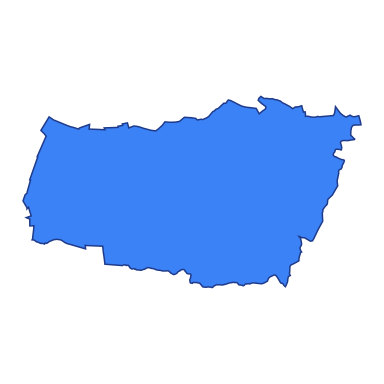 outline of Sanmartin, Harghita, Romania
{"feature_id": "2599482B50475044485744", "entity_name": "Sanmartin", "entity_type": "district", "adm_level": 2, "iso_a3": "ROU", "parent_name": "Romania", "parent_adm1": "Harghita", "projection": "albers", "projection_center": [25.991, 46.26], "detail": "fine", "context": "isolated", "style": "filled", "palette": "blue", "viewbox_px": 384, "rotation_deg": 0, "n_neighbors": 0, "source": "geoboundaries", "source_scale": "gbopen_adm2", "svg_char_len": 6035}
<svg xmlns="http://www.w3.org/2000/svg" viewBox="0 0 384 384"><path d="M257.9,283.4L260.5,283.7L261.9,283.7L263.1,283.4L264.9,282.6L266.5,281.7L267.5,281.0L268.1,279.3L268.7,278.1L269.9,277.0L271.7,276.1L273.7,275.2L274.8,274.9L276.2,275.8L277.6,277.7L279.2,280.4L280.5,282.7L281.0,283.1L282.2,283.4L282.7,283.5L284.4,285.9L285.4,286.7L286.7,284.0L287.6,281.5L287.8,279.2L288.2,277.0L288.9,276.2L290.3,275.5L289.4,273.5L289.7,272.0L289.8,269.5L289.8,267.0L290.1,266.3L290.7,265.1L293.7,263.7L297.0,261.9L298.9,260.8L299.0,258.0L300.6,252.4L301.6,252.0L300.7,250.7L300.1,248.9L300.1,247.4L300.4,246.8L301.3,245.4L301.6,243.9L301.5,242.9L300.6,238.5L298.9,236.4L299.8,236.5L300.4,236.9L301.5,237.6L304.6,237.8L310.4,241.2L312.5,240.8L314.0,238.3L315.0,236.1L317.9,230.0L322.7,221.2L322.3,212.9L322.9,211.4L322.9,210.3L322.8,209.4L323.1,209.3L324.3,207.6L325.3,206.3L327.1,204.4L327.5,202.6L327.7,200.1L328.1,199.1L332.4,195.0L337.7,185.8L337.1,181.0L338.7,173.4L338.6,171.4L339.2,169.8L341.0,169.1L341.9,167.6L342.4,165.2L344.0,162.1L344.3,160.3L343.0,159.7L341.3,159.5L340.0,158.9L338.5,158.3L337.1,157.5L335.8,156.8L335.0,156.7L334.5,156.5L333.8,155.8L333.3,155.1L333.3,154.3L333.6,153.4L333.8,152.9L334.8,151.9L335.1,150.7L335.3,149.9L335.9,149.3L336.5,149.2L339.5,149.4L341.1,150.0L341.6,149.1L341.7,147.4L341.3,145.4L340.4,142.5L341.3,141.1L342.7,140.6L344.2,140.5L344.9,140.5L345.7,140.6L348.0,140.6L351.7,139.9L352.9,139.8L354.3,139.6L354.7,139.2L354.7,138.9L354.1,138.5L353.6,138.3L353.0,137.5L352.0,136.4L350.7,135.2L350.8,134.2L350.8,132.2L350.9,130.5L351.2,129.2L351.4,127.9L351.7,127.1L352.5,125.9L353.5,125.2L355.9,125.0L358.8,125.0L361.0,124.8L360.2,120.7L358.8,115.7L355.8,116.5L353.6,116.8L351.5,116.1L350.2,115.1L348.7,115.8L347.1,116.6L346.4,117.0L344.9,116.5L343.5,115.7L341.7,114.4L340.0,112.8L337.1,108.9L335.5,106.7L335.0,110.4L334.5,113.4L333.4,115.5L328.7,116.0L326.2,116.2L322.7,116.5L321.1,116.6L319.9,116.9L318.7,116.7L317.8,116.4L315.6,117.1L313.8,117.2L312.8,117.1L310.7,116.9L310.1,116.8L309.2,116.5L307.6,116.2L305.5,116.3L305.4,113.5L305.1,111.8L303.5,112.1L302.6,109.2L301.7,105.7L301.1,105.8L300.9,106.0L300.4,106.3L299.9,106.4L299.2,106.5L298.5,106.8L297.3,106.9L296.3,106.9L295.2,107.0L292.8,108.7L289.7,106.5L287.1,105.1L285.8,104.3L285.0,104.0L283.7,103.3L283.0,103.1L281.4,102.0L280.7,101.2L279.6,100.8L277.2,99.9L274.6,99.5L273.9,99.3L273.0,98.8L272.2,98.7L271.4,98.8L270.8,98.7L269.6,98.9L268.9,98.8L268.4,98.6L267.5,98.5L266.6,98.4L264.8,98.5L263.9,98.4L260.9,96.4L259.9,97.4L259.1,98.0L258.6,99.1L258.2,100.3L261.0,103.0L262.0,103.8L263.0,104.5L265.7,106.5L265.8,108.1L265.0,109.4L263.7,110.2L263.0,110.6L259.2,113.8L256.2,108.4L245.6,107.1L241.7,106.1L236.8,103.7L233.8,102.1L230.2,100.4L228.3,100.0L227.1,101.4L226.3,102.8L225.6,103.3L223.8,103.2L218.3,108.4L216.1,109.2L213.9,111.2L212.8,111.6L208.7,116.5L206.4,118.0L206.0,118.1L202.7,119.6L201.2,119.2L197.3,120.0L195.7,118.4L191.1,117.7L184.4,117.3L179.5,121.4L175.7,122.1L170.3,122.3L164.9,121.9L162.3,125.4L159.5,127.9L158.3,129.0L155.7,130.9L151.0,130.3L143.5,128.3L139.4,126.9L137.2,126.4L133.8,126.0L128.8,127.9L127.4,122.9L122.3,123.9L122.7,125.4L118.0,126.2L118.1,127.4L104.2,127.9L104.6,129.0L105.0,129.7L103.6,129.7L101.5,129.6L97.4,129.4L89.1,129.1L89.5,125.5L89.6,124.4L83.6,126.5L79.7,127.9L79.1,128.3L78.7,129.1L73.7,127.5L70.1,126.6L66.9,125.4L54.5,120.3L54.0,120.2L49.1,116.9L40.9,130.4L44.2,133.7L45.0,134.7L46.2,136.3L45.9,136.7L37.1,156.8L37.7,157.1L29.7,179.9L30.5,180.1L28.9,185.8L27.1,192.2L27.1,193.1L25.2,194.7L24.6,196.3L23.0,200.9L27.0,207.8L27.0,208.8L28.5,207.3L31.2,215.9L26.3,217.6L28.0,218.4L29.8,219.0L29.8,225.9L33.9,225.8L33.6,229.9L33.1,234.1L32.9,235.6L32.6,238.3L32.6,239.1L32.1,239.8L34.0,240.1L34.6,240.3L35.0,240.6L35.6,241.2L36.5,241.8L37.0,242.0L37.7,242.1L40.7,243.4L41.8,243.5L42.8,243.4L44.5,244.1L44.8,243.8L45.0,243.1L45.6,243.0L46.5,243.3L46.8,243.3L47.6,242.8L47.9,242.6L48.9,241.8L49.9,241.3L54.1,239.6L55.2,239.6L55.9,239.3L57.2,239.4L57.4,239.4L57.8,239.5L58.3,239.5L60.9,239.9L65.0,242.6L66.1,243.2L67.5,243.7L70.1,244.4L85.6,248.9L85.2,245.4L85.8,245.5L102.7,246.2L103.4,252.9L103.9,255.8L104.5,260.6L104.9,264.2L118.9,265.3L121.4,265.5L122.3,265.6L123.4,265.0L124.3,265.0L125.0,264.8L125.6,265.1L126.3,265.5L126.9,265.4L127.2,265.2L128.2,265.3L128.5,265.6L129.2,266.4L129.4,266.8L130.0,267.4L129.9,267.7L130.2,268.0L130.6,268.3L131.6,268.9L132.2,269.0L133.2,268.7L134.0,268.7L134.5,269.1L135.2,269.1L135.7,269.1L135.8,269.5L136.3,269.8L138.1,270.0L138.9,270.0L139.7,270.0L140.2,270.3L141.4,270.2L142.9,269.6L144.2,269.3L144.7,269.2L145.6,268.7L146.4,268.0L147.0,268.0L147.7,267.7L148.6,267.6L149.2,267.8L149.8,267.9L151.9,268.5L152.8,268.6L153.8,268.7L154.5,269.0L156.5,269.9L161.0,270.5L162.0,270.8L163.1,271.0L164.2,271.0L165.3,270.9L166.1,271.0L167.2,270.8L168.3,270.9L168.8,271.1L169.7,272.0L170.5,272.8L171.1,273.2L173.7,274.6L174.8,274.3L175.8,273.9L176.4,273.4L177.0,273.2L177.2,272.9L177.5,272.3L177.9,271.9L179.1,271.2L179.9,270.9L180.4,270.4L180.8,269.9L181.9,269.7L183.6,269.4L184.4,270.0L184.8,270.3L185.0,271.1L186.6,272.8L186.8,273.3L187.3,273.6L188.7,273.9L189.7,273.9L190.5,274.1L191.0,274.6L190.9,275.2L190.9,275.9L190.7,277.0L190.4,278.3L189.8,279.8L190.0,281.9L190.1,282.3L190.5,283.0L192.9,283.4L192.5,283.1L192.6,282.7L193.8,282.5L197.3,282.6L197.6,282.9L198.3,282.9L199.6,283.1L201.0,284.7L201.7,285.7L202.3,286.2L202.8,286.9L204.3,287.1L205.5,287.2L206.7,287.2L207.8,286.9L211.1,287.2L212.1,287.6L213.6,286.6L214.1,285.7L214.9,285.6L215.7,285.2L216.8,284.6L218.2,284.9L219.4,284.7L220.2,284.8L221.9,285.0L223.0,284.9L225.3,284.3L227.3,283.7L229.5,282.9L231.5,282.7L233.4,282.3L234.2,282.5L235.1,282.6L236.2,282.5L237.4,282.9L238.2,284.0L238.6,284.6L239.0,284.9L239.6,284.9L240.4,285.0L241.5,285.2L242.4,285.4L243.1,285.8L243.7,285.6L244.2,285.3L244.5,284.9L245.2,284.1L246.3,284.0L248.0,283.7L249.8,283.9L250.4,283.7L250.9,283.4L251.4,283.3L252.3,282.9L252.6,282.9L254.6,283.0L256.3,283.2L257.9,283.4Z" fill="#3b82f6" stroke="#1e3a8a" stroke-width="1.5"/></svg>